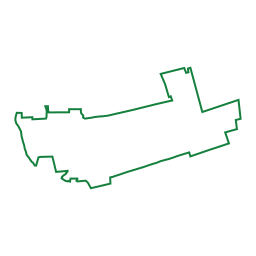 Barcea, Galati, Romania (orthographic projection)
{"feature_id": "2599482B6592604514944", "entity_name": "Barcea", "entity_type": "district", "adm_level": 2, "iso_a3": "ROU", "parent_name": "Romania", "parent_adm1": "Galati", "projection": "orthographic", "projection_center": [27.463, 45.764], "detail": "fine", "context": "isolated", "style": "outline", "palette": "green", "viewbox_px": 256, "rotation_deg": 0, "n_neighbors": 0, "source": "geoboundaries", "source_scale": "gbopen_adm2", "svg_char_len": 2018}
<svg xmlns="http://www.w3.org/2000/svg" viewBox="0 0 256 256"><path d="M240.6,118.8L238.5,99.9L202.3,112.0L190.4,67.8L187.9,68.6L188.4,72.3L186.9,72.6L186.1,72.8L184.2,68.0L160.7,73.9L165.1,84.2L168.9,97.1L170.7,96.3L172.2,100.5L164.9,102.1L161.6,102.9L155.9,104.2L136.5,109.0L136.3,109.1L127.3,111.2L116.7,113.6L109.4,115.3L108.1,115.6L101.9,116.4L101.1,116.3L94.1,117.1L93.7,117.3L92.0,117.6L90.5,117.8L85.0,118.6L83.1,117.6L83.2,115.4L82.0,114.3L81.1,113.0L80.9,112.2L80.9,109.2L69.1,109.2L69.1,112.3L48.6,112.4L48.2,110.8L47.9,106.2L45.3,106.3L46.5,109.6L46.7,111.1L46.5,117.2L45.9,118.6L32.6,119.3L32.4,119.3L32.3,117.2L21.8,117.7L21.7,113.0L21.1,112.9L20.2,112.9L18.8,112.9L16.8,112.8L16.5,113.8L16.2,114.7L16.1,114.9L15.9,115.7L15.7,116.8L15.5,117.7L15.4,118.5L15.4,119.5L15.4,120.4L15.5,120.7L15.7,121.3L16.3,123.4L18.5,126.5L20.4,130.2L21.0,131.5L21.6,136.3L23.1,142.1L24.3,145.8L24.7,148.6L25.8,151.4L26.6,154.7L29.7,158.8L30.3,159.9L30.5,160.0L30.8,160.4L31.3,161.3L32.0,162.0L33.2,162.9L33.9,164.1L34.5,165.2L34.8,165.5L35.2,165.6L35.4,165.5L35.7,165.5L36.1,165.6L38.5,157.3L38.8,157.3L40.1,156.9L52.4,156.6L56.1,171.9L58.6,171.7L64.0,171.2L65.1,171.3L65.4,171.0L65.9,171.0L67.5,170.8L67.5,171.0L67.6,171.5L67.1,172.1L66.6,172.6L66.4,173.0L66.1,173.5L65.8,174.0L65.3,174.3L63.8,175.2L62.9,176.0L62.2,176.6L61.9,177.0L62.0,177.2L62.1,177.3L62.1,177.5L62.0,177.8L61.7,178.1L61.6,178.3L64.5,180.3L65.0,180.6L65.8,180.9L65.9,181.0L66.1,181.0L67.5,181.4L68.3,180.9L70.0,181.6L70.5,178.6L71.4,178.6L71.7,178.6L72.6,178.6L73.2,178.6L78.1,178.5L77.0,179.1L76.5,180.9L77.4,181.4L85.7,180.7L87.9,182.7L90.9,188.2L110.4,183.6L110.2,177.4L112.1,177.0L112.4,177.0L115.4,175.9L115.8,175.8L121.3,174.0L122.4,173.6L126.8,172.1L144.6,166.7L145.3,166.4L151.2,164.4L156.9,162.7L161.0,161.0L162.5,160.7L165.5,159.8L168.5,159.1L174.3,157.2L176.0,156.5L181.0,154.9L189.2,152.4L190.4,156.4L211.3,149.2L211.5,149.2L228.9,143.4L225.2,132.4L236.9,129.1L235.8,120.0L240.6,118.8Z" fill="none" stroke="#15803d" stroke-width="2"/></svg>